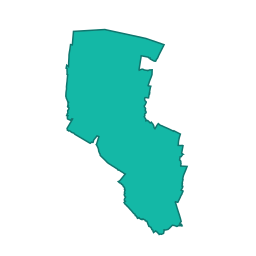 the district of Vulturesti, Olt, Romania, rotated 109°
{"feature_id": "2599482B48187985775349", "entity_name": "Vulturesti", "entity_type": "district", "adm_level": 2, "iso_a3": "ROU", "parent_name": "Romania", "parent_adm1": "Olt", "projection": "albers", "projection_center": [24.352, 44.735], "detail": "fine", "context": "isolated", "style": "filled", "palette": "teal", "viewbox_px": 256, "rotation_deg": 109, "n_neighbors": 0, "source": "geoboundaries", "source_scale": "gbopen_adm2", "svg_char_len": 5726}
<svg xmlns="http://www.w3.org/2000/svg" viewBox="0 0 256 256"><g transform="rotate(109 128 128)"><path d="M136.2,190.1L136.0,188.8L136.9,189.0L137.6,188.8L138.3,188.6L139.1,188.1L139.3,186.6L139.4,185.0L139.2,184.9L139.2,184.7L137.5,184.0L137.5,183.3L148.2,185.5L148.7,185.3L149.4,184.6L149.7,184.5L149.8,184.5L149.8,183.8L150.1,183.2L149.7,182.8L149.7,182.5L149.9,181.4L150.2,180.6L150.5,179.4L150.5,178.8L150.4,178.0L150.6,177.2L151.1,176.5L151.3,175.8L151.5,174.8L154.7,159.3L154.7,158.7L153.3,157.9L153.3,157.3L153.0,156.4L151.5,156.4L151.0,156.5L150.7,156.6L145.5,154.7L145.6,152.7L149.6,152.6L152.1,152.5L153.5,152.5L154.0,152.6L154.0,152.4L156.5,149.9L158.2,148.7L159.2,148.3L160.9,146.9L161.8,145.9L163.0,145.3L166.0,138.9L167.3,136.4L167.8,135.0L168.5,132.0L168.8,131.0L169.2,129.0L169.7,127.0L170.0,125.9L170.2,124.9L170.3,124.5L170.8,124.1L171.0,123.7L171.0,123.4L170.8,123.1L170.7,122.6L171.3,120.7L171.8,118.1L172.3,116.8L172.4,115.6L180.1,118.4L181.2,119.0L181.6,119.6L181.8,119.8L182.6,118.1L182.5,117.2L182.5,116.9L182.8,116.6L183.0,116.3L182.9,116.0L183.3,115.7L183.4,115.2L183.5,115.0L183.5,114.6L183.8,114.3L183.9,114.1L184.5,113.7L184.7,113.3L185.0,113.1L185.2,112.2L186.1,111.5L187.2,111.4L187.4,111.1L187.4,110.7L187.9,110.4L188.6,110.6L189.1,110.5L189.9,110.5L190.9,109.6L191.4,110.0L192.0,110.0L192.2,109.8L193.0,109.4L193.2,109.2L193.3,108.9L193.6,108.7L193.9,107.9L194.0,107.8L194.5,107.9L196.2,108.2L196.8,108.2L197.8,107.7L198.0,107.2L198.1,106.6L198.6,106.8L199.7,107.5L200.8,106.2L201.5,104.5L202.0,103.9L202.0,103.5L203.0,101.6L204.4,99.2L204.8,98.3L206.8,95.0L207.2,93.9L207.2,93.4L208.4,92.6L208.3,92.0L208.4,91.9L208.7,91.5L208.9,90.9L209.3,90.5L209.6,90.4L209.9,90.2L210.1,89.8L210.3,89.3L210.2,89.2L209.4,88.8L209.2,88.6L209.1,88.4L209.6,87.9L209.8,87.1L210.0,86.7L210.1,86.4L209.8,85.9L209.8,85.7L210.1,85.2L210.0,84.8L209.6,84.8L209.3,84.6L209.2,84.4L209.1,84.1L209.3,83.7L209.3,83.0L209.5,82.2L209.5,81.7L210.1,81.3L210.0,81.0L210.1,80.6L210.0,79.9L210.1,79.7L211.4,78.6L211.5,78.4L212.3,78.0L212.7,77.4L214.1,76.4L214.2,76.2L214.0,75.7L214.7,73.9L214.6,73.7L215.3,73.3L215.8,72.6L216.3,72.4L216.4,71.6L216.5,71.3L217.1,70.8L217.6,70.7L218.0,70.2L218.5,69.8L216.3,68.3L216.7,67.8L216.8,67.0L217.2,66.0L218.1,64.6L218.1,63.8L218.4,63.7L218.2,63.4L217.9,63.1L217.7,62.7L217.6,61.7L216.6,60.7L216.1,60.1L214.2,60.3L213.7,60.4L213.1,60.4L212.9,60.5L212.7,60.8L212.4,60.5L212.3,59.6L212.2,59.3L210.9,57.2L209.3,56.2L205.5,54.4L205.1,52.5L205.1,50.9L205.2,50.5L205.2,49.9L205.0,49.5L203.9,48.5L203.8,48.3L203.5,47.1L203.4,47.0L203.2,46.4L203.1,45.6L203.1,45.2L202.9,45.0L202.7,45.3L201.8,45.9L201.6,46.2L202.1,48.0L201.6,48.0L199.0,47.3L198.2,47.9L196.8,48.8L193.3,51.3L192.7,51.7L192.3,52.1L186.6,56.3L185.0,57.4L184.1,58.1L183.1,58.7L182.9,59.1L182.3,59.1L182.1,57.6L182.1,57.3L182.0,56.7L176.4,56.0L175.2,56.0L173.7,55.7L172.9,55.5L172.7,55.5L172.3,55.7L171.5,55.5L169.8,55.4L169.6,55.5L169.6,56.6L169.7,57.2L169.6,57.5L168.5,57.4L166.8,57.1L165.7,57.1L165.6,57.3L165.4,57.2L165.2,57.3L165.2,57.7L165.4,57.9L165.3,58.0L164.0,58.3L162.9,58.4L162.7,58.8L162.1,58.9L160.1,59.1L159.6,59.1L158.8,59.2L158.6,59.3L158.6,59.7L156.1,60.0L154.5,60.1L148.3,59.7L145.1,59.6L145.8,62.2L146.5,64.4L146.6,64.7L146.5,64.9L146.8,65.6L146.5,65.7L146.1,66.1L144.2,66.3L143.7,66.8L143.0,66.9L142.1,67.4L141.7,68.0L141.8,68.3L141.5,68.5L141.4,68.6L141.4,68.8L140.8,69.0L140.2,69.0L139.6,69.2L138.1,69.3L137.8,68.4L137.6,68.3L137.3,68.3L136.4,68.0L136.2,68.0L136.0,67.9L135.1,67.7L134.9,67.4L134.4,69.1L126.8,70.2L126.8,70.6L126.8,71.0L127.0,71.6L127.4,72.0L127.5,72.8L128.1,74.9L123.7,76.0L119.9,76.4L116.7,76.5L115.7,83.7L116.2,83.8L115.5,90.0L115.1,95.0L114.9,96.4L114.9,98.5L114.5,99.3L114.3,100.0L114.0,100.8L115.8,101.4L119.9,102.3L119.6,102.9L119.2,103.4L118.7,103.8L118.3,103.9L118.1,104.0L117.1,104.8L116.8,105.2L116.4,105.5L114.9,107.9L115.9,108.5L115.8,109.3L115.3,110.0L114.5,111.8L114.5,112.0L114.8,112.2L114.8,112.6L115.4,113.5L115.2,113.6L114.5,113.5L114.3,113.6L112.9,115.3L112.3,116.1L111.9,116.4L111.2,116.1L110.2,116.3L109.5,116.8L109.1,116.8L108.8,116.7L108.5,116.3L108.0,116.0L107.6,115.9L107.0,116.1L106.7,116.3L106.2,117.2L106.0,117.4L105.8,117.4L105.7,117.2L104.8,117.7L104.1,117.7L103.8,117.8L103.3,118.4L102.9,119.2L102.5,119.4L102.0,119.8L101.6,119.8L100.7,119.4L97.9,119.1L97.6,119.2L97.1,119.6L97.0,120.2L96.4,121.1L95.9,121.4L95.0,121.7L94.7,121.9L94.0,121.9L93.7,121.7L93.2,120.3L93.2,119.6L92.8,118.4L89.3,119.0L89.3,118.8L89.6,118.6L87.8,118.9L87.9,119.2L82.6,120.0L81.1,120.0L81.5,122.3L81.5,122.6L81.4,122.8L76.7,122.9L72.5,122.7L69.7,122.7L65.1,124.1L65.8,125.7L66.2,126.8L66.9,127.4L67.3,127.9L67.1,128.1L67.5,129.5L67.8,131.3L67.8,131.7L67.6,133.1L67.8,133.8L68.4,134.8L69.7,136.2L69.1,136.6L55.4,139.0L54.4,132.0L54.7,131.6L54.9,131.2L54.7,129.8L55.4,129.7L55.5,129.5L56.0,126.7L56.2,125.3L56.1,125.0L56.1,124.3L55.8,123.6L53.8,123.4L52.6,122.9L51.9,122.8L49.2,122.6L37.5,121.0L37.5,140.2L40.0,161.5L42.3,180.5L42.4,181.9L54.4,211.0L67.5,207.7L67.8,209.5L72.2,208.6L75.4,208.1L78.0,207.6L80.8,206.7L85.9,205.3L86.9,204.9L89.1,204.3L88.9,204.6L88.9,204.9L88.8,205.2L88.9,205.3L88.5,206.4L91.6,206.0L91.6,205.0L93.7,204.3L95.4,203.6L97.2,203.1L97.2,202.4L101.8,201.3L103.7,200.8L106.1,200.3L109.1,199.6L110.1,199.2L111.2,198.8L114.5,198.2L118.3,197.1L118.8,196.6L119.7,196.2L120.7,195.2L122.8,193.4L122.9,192.7L123.0,192.6L123.6,193.0L123.8,193.0L124.6,192.5L126.3,192.2L126.4,191.6L126.5,191.6L127.1,192.1L127.4,192.1L127.6,191.7L128.0,191.4L128.0,190.6L128.3,190.4L128.8,190.3L129.3,190.1L129.9,190.4L130.7,190.4L131.0,190.7L131.3,190.7L133.5,189.7L134.1,189.8L134.6,190.1L135.1,189.8L135.8,190.1L136.2,190.1Z" fill="#14b8a6" stroke="#0f766e" stroke-width="1.5"/></g></svg>